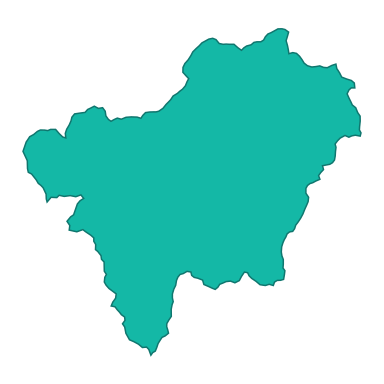 Monte Santo de Minas, Minas Gerais, Brazil (Albers equal-area conic projection)
{"feature_id": "56859067B96658900686758", "entity_name": "Monte Santo de Minas", "entity_type": "district", "adm_level": 2, "iso_a3": "BRA", "parent_name": "Brazil", "parent_adm1": "Minas Gerais", "projection": "albers", "projection_center": [-46.948, -21.205], "detail": "fine", "context": "isolated", "style": "filled", "palette": "teal", "viewbox_px": 384, "rotation_deg": 0, "n_neighbors": 0, "source": "geoboundaries", "source_scale": "gbopen_adm2", "svg_char_len": 3597}
<svg xmlns="http://www.w3.org/2000/svg" viewBox="0 0 384 384"><path d="M265.3,285.5L269.2,284.3L273.3,285.5L274.5,282.1L277.2,280.4L280.5,280.3L283.6,279.4L284.4,274.7L284.9,270.7L283.0,268.0L283.3,264.2L283.3,259.5L281.9,255.8L281.3,251.9L281.7,246.7L283.0,242.6L284.3,239.6L285.8,237.1L287.1,233.9L289.6,231.9L292.7,231.4L294.6,228.7L295.7,225.2L298.2,221.9L300.7,218.1L302.9,214.0L304.8,209.2L306.5,205.5L308.1,201.7L308.6,197.3L305.9,193.2L305.9,188.4L307.5,185.5L309.9,183.6L312.8,182.7L315.9,181.0L319.9,179.3L318.6,175.6L320.7,172.6L323.5,169.6L322.5,165.7L326.6,164.9L329.8,164.3L332.5,162.7L334.5,160.0L335.2,156.0L335.5,151.4L336.0,147.3L335.1,144.0L337.6,140.7L340.3,138.0L345.0,135.5L348.9,137.2L351.7,135.9L355.3,135.2L360.2,136.1L361.0,132.9L359.4,129.9L359.6,126.6L360.2,121.0L360.1,116.1L357.7,112.6L355.7,107.7L352.3,105.0L350.9,101.9L349.1,98.3L347.1,93.8L349.0,89.9L351.3,87.9L354.8,87.9L354.3,83.0L351.4,80.5L346.6,79.0L341.7,77.1L339.6,72.9L336.8,68.6L335.9,64.1L331.9,65.4L327.3,67.7L323.6,67.4L319.8,65.9L315.7,66.6L311.8,67.0L307.4,65.7L304.1,63.1L302.1,59.8L299.6,56.3L296.5,53.4L292.8,52.6L288.9,53.7L288.3,49.7L287.5,45.6L286.1,40.7L287.5,36.1L288.6,32.1L285.0,29.5L282.0,28.8L277.9,28.9L274.3,30.9L271.0,32.7L267.9,34.0L265.4,36.7L263.6,40.1L260.8,41.8L257.0,41.8L253.9,42.4L251.1,44.8L246.6,46.0L243.9,47.8L241.5,50.3L238.1,47.9L234.0,44.3L229.4,44.3L226.2,44.1L223.1,44.3L219.2,43.5L216.0,39.6L212.7,38.3L208.8,39.1L205.0,41.2L201.9,42.9L199.2,45.8L196.1,48.6L192.8,51.9L190.9,55.6L188.2,59.8L184.9,63.5L183.0,67.4L182.9,72.3L186.3,76.1L188.7,78.6L187.1,81.6L185.4,85.8L182.5,89.2L179.8,91.2L177.4,93.4L173.1,96.0L170.6,99.8L168.4,102.1L166.1,104.4L163.0,108.3L158.8,111.2L156.0,111.9L153.1,111.9L149.7,112.0L145.5,112.6L142.8,115.4L140.9,118.3L137.1,117.1L131.3,116.9L126.0,117.3L121.3,119.2L117.3,118.1L114.0,119.6L111.0,121.3L108.4,119.4L105.9,115.9L105.2,111.2L102.6,107.7L98.4,108.4L94.3,106.2L90.6,108.1L87.6,109.5L85.1,112.4L79.9,113.1L74.6,113.9L71.9,117.2L71.0,120.9L69.2,125.0L66.7,129.2L65.3,133.4L65.8,137.9L62.7,137.0L59.2,133.6L55.6,129.4L50.6,129.4L47.8,130.6L44.5,130.1L40.4,130.0L37.4,131.4L33.7,134.5L29.7,136.7L27.9,139.5L26.2,142.0L24.7,146.4L23.0,151.4L27.3,160.7L27.5,168.6L28.3,172.3L31.6,174.0L36.2,179.8L38.3,183.4L40.8,185.3L43.1,187.7L46.1,194.1L46.3,199.0L47.1,202.0L51.1,197.3L56.8,197.6L59.1,195.3L64.2,196.4L70.2,195.6L75.8,196.7L80.9,194.9L83.7,198.4L80.1,200.7L77.4,203.9L73.6,214.8L70.6,216.9L67.0,221.3L69.8,225.5L69.2,230.1L76.8,231.8L82.9,229.6L85.4,231.6L90.8,235.2L93.8,237.9L93.8,241.3L95.7,244.5L95.5,249.6L97.7,251.4L101.0,255.6L101.5,259.3L104.1,262.0L104.3,271.2L106.4,274.4L104.8,277.3L104.3,282.0L106.1,285.2L109.0,288.5L116.2,293.9L115.6,298.2L112.8,302.1L111.2,306.0L115.0,306.8L117.2,309.7L119.5,312.2L121.4,314.7L124.6,317.0L125.0,320.3L122.5,323.8L124.7,327.0L125.9,333.3L127.9,336.9L129.5,339.8L133.7,341.6L138.5,344.2L142.4,347.5L146.6,347.1L148.8,349.4L150.9,355.2L152.7,352.6L155.3,351.1L156.7,347.7L158.1,343.5L160.2,340.1L162.0,337.4L165.2,335.9L168.5,333.2L167.7,329.8L166.7,326.7L166.8,323.6L168.8,320.1L171.3,316.4L171.2,309.3L172.1,304.6L173.2,301.7L172.4,297.9L172.4,294.0L173.8,289.2L175.7,285.3L176.5,280.4L177.9,277.1L180.1,274.4L183.2,273.6L187.0,271.4L190.9,272.0L191.7,275.4L194.2,277.4L197.8,278.2L202.6,280.1L203.9,284.5L208.6,286.5L212.2,288.2L215.2,289.4L217.8,287.3L219.7,284.3L223.0,283.0L226.1,281.6L230.5,281.1L234.9,282.8L239.3,280.6L241.5,276.4L244.4,272.1L247.6,272.7L249.1,275.8L251.7,278.4L256.0,281.3L260.0,284.7L265.3,285.5Z" fill="#14b8a6" stroke="#0f766e" stroke-width="1.5"/></svg>